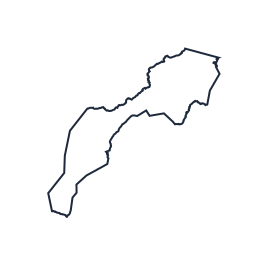 outline of Copan Ruinas, Copán, Honduras, rotated 42°
{"feature_id": "27666195B42868938000768", "entity_name": "Copan Ruinas", "entity_type": "district", "adm_level": 2, "iso_a3": "HND", "parent_name": "Honduras", "parent_adm1": "Copán", "projection": "equal_earth", "projection_center": [-89.106, 14.903], "detail": "fine", "context": "isolated", "style": "outline", "palette": "slate", "viewbox_px": 256, "rotation_deg": 42, "n_neighbors": 0, "source": "geoboundaries", "source_scale": "gbopen_adm2", "svg_char_len": 5597}
<svg xmlns="http://www.w3.org/2000/svg" viewBox="0 0 256 256"><g transform="rotate(42 128 128)"><path d="M136.7,168.6L133.7,163.6L133.3,163.7L132.6,163.6L132.3,163.1L131.9,162.8L131.7,162.1L131.4,162.2L130.7,161.0L130.6,160.9L130.3,161.1L129.9,161.4L129.6,161.2L129.4,161.0L129.3,160.9L128.9,160.6L129.0,160.2L128.2,160.4L127.6,160.4L127.8,159.8L128.2,159.4L128.4,159.1L128.7,158.0L129.4,156.9L128.8,156.1L128.3,155.3L127.7,153.2L127.5,152.7L127.2,152.5L126.7,152.4L126.5,152.2L126.0,151.4L125.0,151.1L124.1,150.7L123.7,150.3L123.5,149.9L123.3,149.3L122.8,147.2L122.8,146.6L122.4,145.2L122.4,144.5L122.4,143.8L122.0,142.8L122.0,142.1L122.2,141.4L122.4,140.3L122.2,139.2L122.2,138.8L122.4,138.3L123.0,137.0L122.9,136.6L122.4,135.7L122.1,135.1L121.8,133.9L121.7,133.0L121.8,132.3L121.7,131.2L121.6,130.3L121.4,129.5L121.3,128.9L121.8,128.0L121.9,127.4L122.0,126.4L122.1,125.7L122.3,125.3L122.4,124.8L122.2,123.8L122.1,123.1L122.2,121.1L122.4,117.2L122.7,116.2L123.1,115.5L124.5,114.3L125.7,113.6L126.8,112.9L129.8,102.8L135.9,104.5L144.9,93.1L157.2,93.3L160.4,93.8L160.7,93.1L161.2,92.9L161.8,92.2L162.4,91.8L162.7,91.3L163.2,91.2L163.3,90.9L163.5,90.8L163.8,90.9L164.1,90.4L164.8,89.6L165.1,89.2L165.3,87.5L164.9,86.4L164.5,85.7L164.6,85.4L164.5,85.2L164.4,85.1L164.1,85.0L164.0,84.8L164.0,84.2L163.7,83.1L163.7,82.4L163.8,82.0L163.8,81.7L163.7,81.6L163.4,81.5L163.3,81.3L163.4,81.0L163.3,80.7L163.1,80.6L162.8,80.7L162.6,80.6L162.5,79.9L162.2,79.2L161.9,77.6L161.7,77.6L161.6,77.8L161.7,78.1L161.2,77.9L160.9,77.4L160.9,76.9L161.2,76.5L161.4,76.5L161.6,76.9L161.8,76.8L161.8,76.1L161.6,75.2L161.6,74.5L161.5,73.9L161.4,73.7L160.9,73.7L160.5,73.4L160.3,71.9L159.9,71.8L159.4,71.5L159.4,71.3L159.6,71.3L159.7,71.2L159.7,70.5L158.8,69.5L159.0,68.1L159.2,67.7L159.1,67.2L159.3,66.7L159.3,66.4L159.3,65.3L159.4,64.7L159.7,64.3L159.8,64.1L159.6,63.7L159.6,63.4L159.7,63.2L159.8,63.3L159.8,63.5L161.5,61.7L162.0,62.0L162.7,62.1L162.8,62.1L162.9,61.8L163.0,61.7L163.5,61.8L163.9,61.8L164.8,61.6L165.2,61.6L165.8,61.8L165.9,61.7L165.9,61.4L165.8,61.1L165.8,60.9L166.2,60.7L166.6,60.6L166.9,59.7L167.4,59.6L168.1,59.2L168.7,59.1L169.3,58.9L169.8,59.2L170.2,59.2L170.3,58.8L170.4,58.5L170.7,58.1L171.1,57.9L171.2,57.5L163.8,45.4L159.8,26.5L152.6,23.8L152.8,22.8L152.8,22.6L152.7,22.4L152.3,22.4L152.3,22.5L152.3,22.9L152.1,23.0L151.8,22.6L151.4,22.7L151.0,22.5L150.8,22.1L151.0,21.9L151.0,21.7L150.9,21.5L150.7,21.4L150.5,21.5L150.3,21.7L150.2,21.8L149.9,21.7L149.7,21.7L149.4,22.1L149.2,22.1L149.1,21.9L148.3,22.3L147.9,22.4L147.8,22.2L147.8,21.9L147.9,21.5L148.1,21.3L148.4,21.4L148.5,21.4L148.6,21.2L148.7,20.8L149.5,19.9L149.6,19.7L149.4,18.9L149.0,18.0L148.7,16.7L148.3,17.0L148.0,17.6L147.7,17.6L147.5,17.0L147.5,16.2L147.6,15.8L147.9,15.3L117.3,30.8L117.7,31.6L117.9,32.3L117.9,32.6L117.9,32.9L117.4,34.3L117.2,34.7L117.1,35.4L117.2,35.7L117.6,35.8L117.8,36.0L117.9,36.4L117.8,36.8L117.3,37.6L117.4,37.9L117.6,38.2L116.8,40.4L116.4,40.8L115.3,42.0L114.8,43.4L114.6,43.7L114.4,43.9L114.1,44.6L113.5,45.6L113.1,46.5L112.5,47.3L112.3,47.5L110.9,47.9L110.5,48.2L109.0,47.9L108.2,49.2L107.9,49.7L107.9,50.0L108.2,50.2L108.5,50.6L108.1,52.4L108.4,52.6L108.8,53.1L108.8,53.3L108.8,53.5L109.1,53.7L110.1,54.0L110.4,54.2L110.4,54.5L109.6,55.8L109.1,55.8L108.8,55.9L108.6,56.1L108.5,56.4L108.4,57.7L107.8,58.5L107.7,59.3L107.5,59.5L107.4,59.7L107.3,60.5L107.1,60.6L106.8,60.7L106.6,60.8L106.4,61.7L106.4,62.3L106.2,63.6L106.2,64.3L106.2,64.9L105.8,65.6L105.7,66.0L105.6,66.5L104.7,67.6L104.6,67.9L104.2,68.1L104.2,68.4L104.2,69.0L104.0,69.9L104.5,70.8L106.2,71.4L106.0,72.3L106.3,72.8L106.3,73.5L106.1,74.1L106.1,74.6L106.6,75.1L106.9,75.1L107.0,75.5L107.6,75.5L107.7,75.8L108.1,75.7L108.4,75.8L108.8,75.7L109.3,76.1L109.4,76.5L109.9,76.7L109.9,77.2L109.7,77.7L109.7,78.0L110.4,78.3L110.6,78.9L111.2,79.1L111.7,78.8L112.3,79.9L112.7,79.5L113.0,79.7L113.7,79.7L114.0,80.7L115.6,81.3L115.9,81.8L116.1,82.7L116.4,83.2L115.9,83.8L115.8,84.5L115.4,84.7L114.9,85.8L114.7,87.1L113.7,86.9L113.0,88.8L113.1,90.1L113.5,90.5L113.9,90.5L113.6,91.5L113.4,93.0L113.5,94.1L112.8,94.7L112.9,95.2L112.7,95.6L112.7,96.5L113.2,97.3L112.5,98.5L112.6,100.4L112.3,101.0L112.0,101.6L111.8,103.1L111.8,104.4L110.6,104.8L110.0,104.8L109.5,105.4L109.1,105.3L108.8,105.7L108.4,105.6L108.1,106.1L107.9,108.0L108.3,108.9L108.6,109.4L109.2,109.9L109.6,110.4L109.5,110.6L109.4,110.7L109.3,110.8L109.3,111.3L109.5,112.1L109.2,112.8L109.0,113.9L108.8,114.3L107.8,114.8L107.3,116.1L106.9,116.4L106.3,116.6L106.0,117.0L105.9,117.5L106.2,117.9L106.0,119.1L106.6,120.1L105.3,120.8L105.3,122.3L105.6,123.0L105.4,123.7L104.9,124.3L104.2,126.3L103.8,126.5L102.9,127.8L101.9,128.4L101.1,128.4L100.4,129.4L98.9,129.4L98.2,129.1L98.0,129.4L97.2,129.2L96.6,129.4L96.0,129.0L95.7,129.0L94.9,129.9L94.3,131.5L93.7,131.8L92.9,133.4L92.4,134.0L92.2,134.5L91.6,134.7L90.4,136.1L89.0,136.6L88.4,136.3L88.1,136.8L86.4,138.2L85.8,139.2L85.5,140.2L84.8,140.7L86.7,168.9L99.6,190.9L110.7,204.1L112.3,229.8L127.2,240.7L127.8,240.2L128.1,239.6L128.3,239.5L128.7,239.4L129.2,239.2L129.5,239.3L129.7,239.0L130.0,239.0L130.1,238.7L130.6,238.7L131.1,238.5L131.6,238.5L132.0,238.1L132.6,238.0L133.8,237.1L134.1,237.2L134.6,237.0L135.0,237.2L135.4,236.9L135.9,236.8L136.1,236.4L137.1,236.1L137.2,235.9L137.3,235.7L138.2,235.3L138.9,235.0L139.5,234.6L139.8,234.5L140.1,234.8L140.8,234.8L141.1,235.0L141.5,234.7L141.9,234.9L142.1,234.6L141.9,234.3L141.9,234.1L141.7,233.9L141.7,233.5L141.8,232.7L142.1,232.0L142.1,231.5L142.0,230.9L141.7,229.9L140.4,227.3L133.3,216.8L133.1,210.5L127.5,204.5L128.9,191.1L136.7,168.6Z" fill="none" stroke="#1e293b" stroke-width="2"/></g></svg>